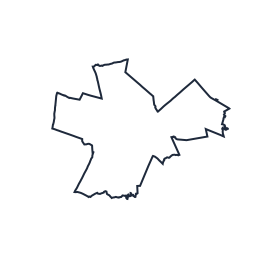 Raciu, Dâmbovita, Romania, rotated 133°
{"feature_id": "2599482B50297970543738", "entity_name": "Raciu", "entity_type": "district", "adm_level": 2, "iso_a3": "ROU", "parent_name": "Romania", "parent_adm1": "Dâmbovita", "projection": "mercator", "projection_center": [25.443, 44.813], "detail": "fine", "context": "isolated", "style": "outline", "palette": "slate", "viewbox_px": 256, "rotation_deg": 133, "n_neighbors": 0, "source": "geoboundaries", "source_scale": "gbopen_adm2", "svg_char_len": 5635}
<svg xmlns="http://www.w3.org/2000/svg" viewBox="0 0 256 256"><g transform="rotate(133 128 128)"><path d="M161.1,196.4L161.5,196.3L161.7,196.1L163.1,195.1L163.4,194.8L163.8,194.5L164.3,194.0L164.6,193.8L164.9,193.5L165.4,193.2L166.1,192.8L167.9,191.6L168.2,191.3L169.0,190.5L169.7,189.8L170.0,189.4L170.4,189.0L171.1,188.4L173.1,187.2L173.6,186.8L174.9,186.0L175.9,185.5L176.2,185.3L176.4,185.2L176.7,185.2L177.0,185.0L179.3,183.4L180.0,183.0L179.3,181.6L178.7,180.3L177.9,178.3L177.4,177.3L176.4,174.9L175.8,173.5L175.5,172.9L174.2,169.9L172.6,166.3L170.7,161.9L170.1,160.4L167.3,154.0L167.9,153.4L168.6,152.8L168.8,152.6L169.0,152.1L169.2,151.4L169.8,148.7L168.3,147.3L167.2,146.7L166.6,146.2L166.2,145.8L165.9,145.2L165.8,144.8L165.6,143.8L165.4,143.1L165.3,142.4L165.5,142.1L166.2,141.4L166.7,140.9L168.2,139.3L170.0,137.3L169.4,137.1L169.3,136.8L169.5,136.7L170.4,136.3L170.7,136.2L171.1,136.0L171.6,135.7L172.0,135.6L172.8,135.0L173.6,134.3L173.8,134.2L174.0,134.1L175.2,134.1L175.8,133.9L176.4,133.6L177.6,133.2L179.2,132.5L181.0,131.9L183.6,131.2L184.7,130.7L185.9,130.3L187.8,129.8L189.4,129.4L191.0,129.0L195.8,127.5L198.5,126.8L199.1,126.6L199.9,126.4L202.1,125.9L203.1,125.6L206.7,124.5L207.2,124.4L209.9,123.9L211.3,123.4L210.6,122.5L209.3,121.4L207.9,118.8L207.5,117.9L206.9,116.1L205.8,112.1L205.3,109.7L204.6,109.7L204.0,108.4L202.6,108.4L198.5,107.2L196.4,106.3L196.5,105.2L195.3,103.5L193.9,102.9L192.9,102.3L191.7,101.7L191.1,102.0L190.6,101.9L189.6,101.4L189.2,100.4L190.1,99.2L190.6,98.2L190.3,96.9L190.0,95.9L190.0,95.2L190.2,94.1L190.2,92.7L190.3,92.2L189.8,92.0L189.3,91.7L188.5,91.1L187.8,90.5L186.9,90.1L186.6,89.8L186.3,89.1L185.9,88.4L185.6,87.8L185.5,87.6L185.1,87.4L184.9,87.4L184.5,86.8L184.1,86.8L183.8,86.6L183.4,86.2L183.0,85.9L182.7,86.0L181.7,85.9L181.1,86.0L180.6,85.3L180.1,84.7L179.7,83.8L179.4,83.5L178.9,83.5L178.7,83.2L179.5,82.5L180.3,81.7L180.4,81.0L180.5,80.3L180.3,80.0L179.1,80.7L178.5,81.0L178.0,81.6L177.7,82.0L177.7,82.5L177.4,82.4L177.1,82.2L176.8,82.4L176.6,82.4L176.7,82.0L176.7,81.7L176.7,81.4L176.5,81.2L177.0,81.0L177.2,80.9L177.3,80.8L177.0,80.5L176.6,80.3L176.3,79.9L176.1,79.8L175.6,79.7L175.4,79.6L175.1,79.8L175.0,80.4L174.7,80.7L174.4,80.9L174.2,81.5L173.8,81.8L173.7,81.6L173.7,81.2L173.9,80.8L174.1,80.3L174.1,79.4L173.9,79.1L173.5,78.7L174.1,77.9L174.1,77.7L173.9,77.2L173.7,77.0L173.7,76.9L173.8,76.7L173.8,76.3L173.8,76.0L173.6,75.7L173.2,75.6L173.0,75.8L173.0,76.1L172.6,76.1L171.9,76.6L171.4,76.9L171.2,76.8L170.9,76.8L170.7,77.3L170.4,77.3L169.9,76.7L169.5,76.5L169.2,76.5L164.1,81.7L163.0,80.7L162.1,79.7L141.9,87.2L131.7,90.7L131.4,90.7L130.6,88.8L130.2,85.6L130.4,83.0L130.4,80.9L130.5,78.2L130.2,78.4L129.7,78.7L129.3,78.8L129.0,79.1L128.4,79.3L127.8,79.5L127.3,79.4L126.9,79.5L126.5,80.1L125.9,80.3L125.3,80.3L124.9,80.0L124.5,79.8L123.8,79.7L122.8,79.4L122.3,78.6L121.9,77.8L121.4,77.5L119.7,77.5L117.4,77.1L116.6,76.5L115.6,75.5L115.3,74.7L114.5,74.1L114.0,73.5L113.7,72.6L112.6,72.1L105.1,90.0L104.8,89.8L104.1,89.4L103.9,88.9L103.6,88.8L103.3,88.8L103.0,88.7L103.1,88.1L103.0,87.4L102.6,87.1L102.9,86.6L103.0,86.0L103.1,85.5L102.9,84.8L102.7,84.2L96.9,76.8L97.0,76.9L80.1,64.1L75.7,70.4L75.5,69.8L69.9,55.2L69.2,53.0L68.9,52.2L68.1,53.5L67.5,54.6L66.1,56.3L65.3,56.8L64.7,57.5L64.6,58.1L64.1,58.7L63.4,58.8L63.4,58.7L63.2,58.3L63.1,57.7L62.9,56.8L62.9,56.0L62.8,55.5L62.3,55.1L61.8,55.7L61.7,55.6L61.3,55.2L61.1,54.8L60.8,54.6L60.5,54.4L60.4,54.5L60.4,54.8L60.5,55.3L61.0,56.0L61.3,56.3L61.7,56.8L61.9,57.2L60.9,57.8L61.0,58.5L60.5,58.6L60.5,59.0L60.4,59.1L60.1,59.2L60.3,60.5L61.1,61.8L56.4,64.2L55.9,64.7L54.2,65.4L54.0,64.6L52.9,64.9L52.8,66.9L51.0,67.3L50.9,67.7L50.8,67.8L50.6,68.7L50.4,68.9L44.7,67.1L44.7,67.6L47.8,81.6L47.4,81.6L46.5,81.7L46.7,82.5L47.0,83.3L48.1,83.0L49.2,87.4L49.4,88.6L49.4,89.4L49.3,90.8L48.8,95.8L48.1,102.6L47.5,107.7L47.1,112.2L47.9,112.3L50.5,112.5L51.4,112.6L52.2,112.7L54.0,112.9L57.4,113.3L61.8,113.8L66.5,114.2L69.9,114.6L73.5,114.9L75.2,115.2L76.9,115.3L77.2,115.4L77.4,115.4L77.6,115.4L77.8,115.4L78.5,115.4L80.7,115.7L83.3,116.1L84.7,116.3L86.2,116.5L88.1,116.7L91.5,116.9L93.5,117.1L95.7,117.3L95.8,117.4L95.3,119.2L95.2,119.4L95.1,120.1L94.9,120.8L94.7,121.2L94.6,121.7L94.5,122.0L93.7,122.4L93.4,122.8L93.3,123.1L93.2,123.9L93.1,124.7L90.6,127.7L90.5,127.9L87.6,131.2L87.7,132.6L87.7,133.7L87.7,134.1L87.8,134.7L87.9,138.0L88.0,141.6L88.2,145.6L88.2,147.1L88.2,148.2L88.2,148.4L88.2,148.5L89.0,168.0L78.0,174.9L78.1,175.0L78.7,175.5L79.0,175.8L79.5,176.1L80.7,176.7L81.2,177.1L81.8,177.4L82.7,177.7L83.4,178.0L84.1,178.3L85.2,179.0L85.8,179.5L86.6,180.3L87.7,181.1L88.8,182.0L89.6,182.8L90.5,183.2L91.4,183.5L91.9,183.7L92.7,184.3L93.2,184.6L94.3,185.2L94.9,185.6L95.1,185.8L95.6,186.3L96.1,186.7L96.4,187.0L97.6,188.1L98.0,188.4L98.8,188.7L99.2,188.8L99.8,189.0L100.0,189.1L99.9,189.4L100.0,189.6L101.6,190.7L101.8,190.9L102.0,191.3L102.1,191.5L102.0,193.0L102.0,193.3L102.3,193.5L102.9,193.4L103.8,194.7L106.3,194.8L107.1,195.6L107.9,194.1L108.1,193.6L108.7,192.2L109.3,190.6L110.1,188.8L111.5,186.4L111.9,185.7L112.3,185.3L112.8,184.4L113.3,183.7L113.6,183.4L113.8,183.2L114.0,182.7L114.8,181.4L115.3,180.7L117.6,177.4L118.7,175.8L121.3,171.7L122.8,169.5L124.4,167.3L125.1,168.6L125.2,168.8L126.8,171.8L129.7,177.2L131.1,180.0L133.3,184.7L134.4,184.4L134.8,184.3L135.3,184.1L135.6,184.0L137.1,183.6L140.3,182.7L143.9,188.3L145.6,191.2L146.1,191.4L146.7,193.7L147.1,195.9L147.7,197.1L147.9,197.0L148.9,199.7L149.4,201.3L149.6,201.9L149.8,202.2L150.0,202.4L150.0,202.8L150.4,203.8L150.6,203.8L150.9,203.7L153.5,202.3L160.7,196.8L161.0,196.5L161.1,196.4Z" fill="none" stroke="#1e293b" stroke-width="2"/></g></svg>